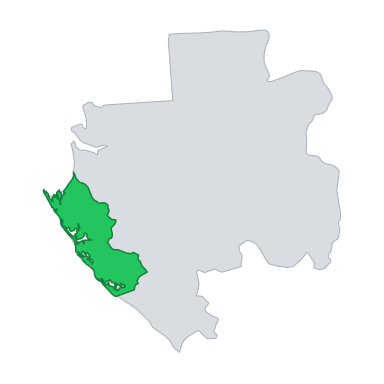 Ogooué-Maritime highlighted on a map of Gabon, rotated 356°
{"feature_id": "GAB-2624", "entity_name": "Ogooué-Maritime", "entity_type": "Province", "adm_level": 1, "iso_a3": "GAB", "parent_name": "Gabon", "parent_adm1": "", "projection": "albers", "projection_center": [9.53, -1.509], "detail": "fine", "context": "in_parent", "style": "filled", "palette": "green", "viewbox_px": 384, "rotation_deg": 356, "n_neighbors": 0, "source": "natural_earth", "source_scale": "10m", "svg_char_len": 8971}
<svg xmlns="http://www.w3.org/2000/svg" viewBox="0 0 384 384"><g transform="rotate(356 192 192)"><path d="M279.9,40.4L279.6,44.0L275.5,52.7L273.6,59.4L273.0,66.6L274.2,72.3L276.1,76.5L277.3,80.9L276.4,84.1L274.4,85.4L275.7,87.0L278.7,87.4L283.7,86.0L291.5,83.7L301.7,80.2L308.4,78.4L319.4,79.6L325.3,80.9L328.3,83.4L331.5,93.7L333.1,95.3L335.7,99.7L337.9,104.9L338.4,107.6L338.2,109.5L335.9,112.4L333.4,116.6L332.5,119.1L330.3,121.0L327.7,122.8L320.3,123.5L319.2,124.6L317.1,129.1L313.2,132.8L311.4,136.4L309.8,141.2L310.1,147.1L309.3,155.6L308.5,161.3L310.4,163.3L319.2,164.8L320.9,165.9L323.2,169.5L326.2,172.8L334.2,175.0L337.4,177.5L339.9,180.4L340.2,182.7L338.3,191.9L336.5,200.7L337.2,207.5L337.8,213.9L338.7,223.3L338.3,229.1L336.0,232.5L336.0,235.3L337.0,238.6L335.0,247.7L333.7,249.3L330.1,251.0L328.2,253.4L327.6,257.3L325.6,262.5L323.6,264.5L323.6,266.9L325.5,268.7L325.5,271.5L321.9,274.7L319.7,277.2L314.9,278.4L309.4,277.1L308.1,275.3L309.5,272.4L309.0,270.2L307.1,267.8L304.2,261.6L301.7,260.3L300.2,262.8L295.7,267.5L287.9,273.4L282.3,273.9L272.2,272.0L263.7,269.1L259.7,262.1L257.2,256.3L253.6,249.6L249.5,246.4L245.1,244.3L243.2,244.2L237.0,247.9L235.1,249.4L235.1,252.5L235.7,255.5L236.6,256.9L237.4,258.8L237.3,261.7L236.1,265.6L235.8,269.9L216.2,274.1L212.8,272.6L210.4,270.6L207.4,271.0L198.9,273.2L195.8,271.6L192.7,270.5L191.3,271.4L191.2,273.3L192.6,283.4L192.1,287.3L190.2,292.3L189.2,295.8L194.4,296.7L196.3,298.3L198.1,300.9L200.6,303.3L200.7,304.7L197.9,307.4L196.9,310.6L198.3,313.2L201.8,315.9L206.9,318.7L209.4,320.5L209.2,322.1L206.8,325.7L205.9,328.7L204.2,331.4L204.6,333.9L206.9,336.2L206.6,338.3L205.1,339.8L201.9,339.5L199.1,339.7L196.7,339.1L189.1,331.0L187.5,330.8L176.4,336.9L173.7,339.5L171.4,343.1L168.3,351.0L163.3,346.4L159.0,338.0L153.9,332.8L143.3,324.4L140.5,318.3L128.4,304.7L110.9,291.2L98.3,279.4L96.4,276.8L98.5,277.1L110.7,283.0L112.4,282.3L113.8,281.0L108.5,277.9L103.5,275.5L98.8,274.0L94.0,274.1L91.4,271.6L89.7,267.8L88.8,264.6L86.7,261.2L80.0,254.2L78.4,251.6L74.7,247.9L77.0,247.4L84.1,250.9L84.8,249.5L84.2,247.4L76.9,244.1L73.0,243.9L72.1,241.5L72.7,238.8L67.5,228.7L62.1,221.1L61.3,217.5L75.7,234.0L77.7,234.3L80.2,234.1L86.2,232.3L85.1,230.1L82.4,227.7L79.8,228.8L76.3,229.0L74.6,228.0L73.8,226.3L77.2,218.3L75.7,218.7L74.6,220.1L72.7,220.8L69.9,221.2L62.7,216.9L56.4,205.3L54.8,202.9L53.1,198.9L51.4,197.2L44.2,180.7L47.0,182.0L50.2,186.7L56.7,185.7L59.2,183.0L61.3,183.1L63.6,182.4L66.4,179.8L74.6,168.5L76.8,153.5L76.1,144.6L74.9,135.7L77.6,132.9L78.6,134.8L79.2,137.9L80.5,140.2L83.4,142.3L88.8,142.9L97.2,146.1L100.2,148.2L101.0,144.1L110.7,140.5L107.8,139.2L99.2,140.6L87.4,135.4L83.5,132.0L79.8,125.6L76.0,122.3L76.3,119.3L84.8,116.5L87.0,116.8L87.9,120.1L90.2,121.5L91.1,121.0L91.4,118.2L91.5,110.6L88.9,99.8L89.7,97.7L92.0,97.0L94.1,95.6L95.5,95.3L98.4,95.6L99.8,98.1L100.6,99.4L103.5,100.1L105.9,101.4L107.9,101.1L109.6,99.5L112.1,99.2L119.8,99.2L126.9,99.2L140.8,99.3L154.7,99.3L168.7,99.4L179.2,99.5L179.2,93.3L179.1,83.7L179.1,72.5L179.0,61.6L179.0,51.7L178.9,39.8L179.5,36.5L180.2,35.1L180.0,33.1L190.8,33.0L210.3,33.9L218.9,33.8L221.3,34.0L232.0,33.4L240.6,34.2L244.3,35.0L247.6,35.4L258.0,36.0L271.5,35.4L276.1,35.5L278.6,37.2L279.9,40.4Z" fill="#d9dde1" stroke="#a8b0b8" stroke-width="1"/><path d="M108.6,291.0L105.6,288.7L96.5,277.5L95.4,275.5L96.4,276.2L97.8,277.8L98.9,278.3L100.1,278.5L100.8,278.0L102.4,276.2L101.9,278.1L102.1,278.7L102.5,278.5L102.8,278.0L102.9,279.9L103.4,280.4L104.2,280.1L106.4,281.0L107.1,282.2L107.3,283.3L107.7,283.3L108.0,282.5L108.7,282.9L108.8,282.6L109.1,282.5L109.2,284.4L109.4,285.0L110.2,284.4L111.2,284.3L111.0,285.0L112.2,284.6L112.6,284.2L113.3,282.9L114.0,282.6L115.2,282.5L116.8,282.6L118.1,282.4L118.6,282.2L118.9,281.5L117.5,280.8L117.6,279.8L115.4,278.9L114.7,278.0L114.4,278.0L115.4,281.5L114.7,281.4L114.0,280.6L113.4,280.2L112.8,279.3L111.0,278.7L110.8,278.8L110.9,279.7L110.2,280.6L109.8,281.5L108.4,280.8L108.6,280.3L108.3,279.2L108.4,278.7L108.9,278.5L110.0,278.4L110.2,278.0L109.6,277.5L108.2,277.1L106.8,276.8L105.9,276.9L104.7,274.2L104.2,273.8L103.9,273.8L103.8,274.3L102.8,274.8L101.5,274.6L100.3,275.5L99.1,276.6L97.9,276.9L97.0,276.2L96.6,275.6L96.5,275.0L97.7,274.0L97.3,273.7L96.5,273.4L96.5,272.2L96.2,272.0L95.7,272.0L95.2,272.2L95.1,272.5L95.7,273.7L95.9,274.5L95.4,275.1L94.6,274.8L92.5,272.2L91.6,271.6L93.7,274.5L92.5,273.7L91.1,272.4L90.0,270.9L89.1,268.1L88.8,263.4L88.4,262.7L83.3,257.7L81.9,256.9L80.4,255.1L79.7,254.5L80.0,253.8L78.9,253.5L78.3,252.6L77.6,250.6L75.4,248.5L75.1,248.0L74.4,247.5L73.9,246.8L73.3,246.5L73.4,246.0L73.8,245.7L74.0,245.9L74.4,246.8L75.3,247.5L76.5,247.9L77.6,247.8L77.2,248.2L77.8,248.5L78.2,248.2L78.6,247.1L78.9,247.1L79.3,248.2L78.8,248.4L78.6,248.7L78.6,249.0L78.8,249.3L79.4,248.7L81.9,248.5L83.3,248.9L84.1,249.7L83.9,250.8L82.8,251.7L83.7,252.6L85.4,252.9L85.6,254.5L86.7,255.2L87.2,256.5L87.5,255.8L88.4,255.4L88.3,254.5L87.9,253.4L87.5,252.7L87.0,252.7L86.5,252.1L85.2,251.2L84.9,250.6L85.5,249.7L86.0,249.4L85.9,249.1L84.3,246.2L83.3,245.2L82.8,245.7L81.7,245.0L81.6,246.0L81.7,247.1L80.8,246.3L79.5,243.9L78.6,243.6L78.2,243.9L77.7,245.4L77.2,245.5L76.9,245.9L76.9,247.1L76.1,246.5L75.1,246.4L75.7,245.4L75.5,244.8L74.4,243.9L73.3,244.7L72.5,244.4L72.1,243.4L71.9,241.9L72.2,239.9L72.2,237.8L71.5,235.5L71.5,233.4L70.7,231.3L69.5,229.7L66.7,226.8L60.3,217.8L58.8,214.5L58.6,213.5L59.3,214.8L59.8,216.4L60.4,217.2L61.4,218.4L62.2,218.3L63.0,218.6L63.6,219.2L64.2,220.8L65.4,222.1L65.6,223.1L67.6,225.6L71.0,228.4L73.0,229.0L73.5,235.4L73.8,236.2L74.4,235.9L74.5,235.4L74.1,234.7L74.2,234.3L74.7,234.1L75.0,234.3L75.4,235.2L76.2,234.3L77.4,233.6L78.8,233.2L80.0,233.1L79.7,233.9L79.6,234.8L79.9,235.5L80.7,235.9L81.1,234.2L81.0,233.3L80.7,232.7L82.3,232.5L86.5,233.1L88.1,232.7L86.0,231.9L85.1,231.3L84.5,230.3L84.1,228.4L84.0,227.3L84.2,226.4L82.8,225.7L81.9,225.7L81.6,225.9L81.7,226.9L81.7,227.5L80.0,229.6L78.8,230.5L77.4,230.9L74.8,231.2L74.4,231.0L74.1,230.6L74.0,229.8L73.7,229.0L73.7,227.6L73.5,227.4L72.2,227.1L72.1,226.3L72.6,225.8L73.3,225.5L74.2,225.4L74.6,225.1L74.7,224.4L74.5,223.7L74.0,223.2L74.0,222.9L76.1,222.5L76.5,222.0L76.8,221.1L77.6,219.6L77.4,218.7L76.5,216.9L76.8,216.4L76.6,216.1L76.1,215.9L76.1,216.9L76.5,219.6L76.3,220.1L76.0,220.6L75.4,221.0L74.9,221.2L74.4,221.0L74.0,220.3L73.7,220.1L72.8,220.4L71.9,221.9L71.4,222.2L68.9,222.7L68.1,222.5L67.5,221.9L67.3,220.8L67.6,219.4L66.9,218.7L65.9,219.2L65.6,219.5L64.9,219.4L62.4,217.6L61.0,217.0L60.5,216.1L60.4,215.1L60.7,214.1L60.4,213.5L61.3,212.7L61.1,211.6L60.2,210.3L59.3,209.6L59.9,211.1L59.4,213.0L59.1,212.9L58.6,209.2L57.7,207.0L52.6,200.5L53.9,201.7L54.7,202.1L55.4,201.8L54.7,201.5L55.4,200.2L56.1,199.8L55.5,199.5L54.0,200.5L53.1,200.3L52.1,197.4L51.6,197.7L51.2,197.7L50.5,195.2L49.7,193.9L48.4,190.9L47.3,189.0L46.6,186.3L45.0,184.3L43.8,180.5L44.5,179.4L44.9,179.8L44.4,180.8L45.0,181.2L46.6,181.6L46.4,182.3L46.6,182.9L47.7,182.9L48.5,184.1L48.9,185.9L49.2,188.0L49.5,188.8L50.0,189.4L50.7,189.6L51.1,190.0L51.4,191.4L52.3,191.7L51.8,190.8L51.9,189.9L52.5,187.3L53.2,187.2L55.0,187.5L55.0,187.1L54.0,186.5L53.6,186.0L53.7,185.4L54.0,185.0L54.5,185.1L55.8,185.6L56.3,186.4L56.7,187.2L57.2,189.0L59.1,190.8L59.6,191.7L59.7,192.7L59.3,194.5L59.6,195.2L60.0,195.2L60.2,194.3L60.3,191.2L60.6,190.2L61.8,188.9L62.1,188.0L62.1,186.8L62.7,186.2L63.9,185.8L64.0,185.2L64.0,184.2L64.6,184.0L65.3,185.4L65.2,184.2L64.1,182.5L64.6,181.2L67.6,178.5L68.5,176.6L73.1,171.6L74.4,169.6L75.1,167.5L75.1,164.4L75.8,165.1L76.9,169.3L77.4,170.3L80.0,173.9L80.8,174.6L81.4,175.1L82.9,175.2L84.6,176.1L86.3,177.2L88.6,180.1L92.0,190.7L94.1,193.5L95.1,194.0L96.5,194.9L97.0,195.5L97.3,196.0L97.7,196.4L98.7,196.6L100.1,196.5L104.3,196.8L104.9,197.1L106.7,198.5L107.3,199.8L106.9,201.6L107.8,203.8L107.9,204.9L107.4,206.5L106.1,209.0L106.0,209.9L109.6,213.4L110.1,213.7L110.8,214.0L113.2,214.3L114.0,214.7L113.7,216.8L113.0,218.3L109.4,221.7L108.9,222.8L109.0,224.8L109.6,228.2L109.2,230.7L108.8,231.7L108.4,232.4L107.9,232.6L106.4,232.9L105.9,233.2L105.4,233.8L105.3,234.9L104.1,236.2L104.2,236.6L104.9,237.4L105.9,238.9L106.8,241.0L108.5,243.0L109.4,243.9L109.9,244.1L113.1,244.3L115.6,245.1L117.3,246.0L118.9,246.5L121.7,248.3L122.7,248.3L126.3,249.2L126.9,249.2L127.9,248.9L128.8,248.2L129.3,248.3L131.5,249.4L132.5,250.3L133.6,250.7L134.1,251.0L134.3,251.5L134.2,252.1L133.6,253.7L133.5,254.3L133.6,255.6L134.4,256.6L135.5,257.5L136.8,262.0L138.2,264.0L139.6,265.4L141.7,268.7L134.3,272.3L132.6,273.9L132.1,275.1L131.1,276.6L131.0,277.1L131.1,277.6L131.8,278.8L131.9,279.5L131.6,279.7L130.4,280.1L129.4,280.7L128.9,281.2L128.4,282.3L127.9,284.5L127.2,285.9L126.8,286.1L125.7,286.1L108.6,291.0ZM59.3,182.6L61.1,183.0L61.5,184.8L61.3,186.9L61.4,188.5L59.7,189.5L59.0,189.4L58.2,188.9L57.8,188.2L57.9,186.1L57.7,185.6L57.0,184.9L56.8,184.3L56.9,183.4L57.5,182.6L58.1,182.1L59.2,181.4L59.6,180.8L59.9,181.3L59.9,181.7L59.7,182.0L59.3,182.2L59.3,182.6Z" fill="#22c55e" stroke="#15803d" stroke-width="1.5"/></g></svg>